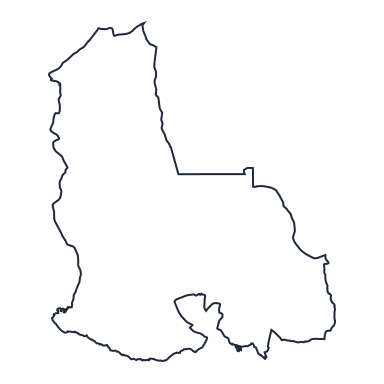 outline of Tuek Chhou, Kâmpôt, Cambodia
{"feature_id": "14789045B84051189014149", "entity_name": "Tuek Chhou", "entity_type": "district", "adm_level": 2, "iso_a3": "KHM", "parent_name": "Cambodia", "parent_adm1": "Kâmpôt", "projection": "robinson", "projection_center": [104.095, 10.787], "detail": "fine", "context": "isolated", "style": "outline", "palette": "slate", "viewbox_px": 384, "rotation_deg": 0, "n_neighbors": 0, "source": "geoboundaries", "source_scale": "gbopen_adm2", "svg_char_len": 5884}
<svg xmlns="http://www.w3.org/2000/svg" viewBox="0 0 384 384"><path d="M144.1,23.0L142.2,23.7L137.0,26.7L134.3,28.9L132.4,31.0L129.4,33.0L125.8,34.0L118.2,34.7L114.6,35.9L114.0,35.5L113.5,34.3L112.5,29.1L111.6,28.2L109.8,27.9L106.2,29.2L100.9,28.9L98.4,28.3L97.0,30.6L88.9,41.0L88.6,40.9L84.0,46.9L79.6,49.5L77.1,52.1L73.6,53.9L67.4,59.8L62.9,62.8L61.3,65.7L59.4,68.0L57.2,69.4L51.6,72.0L49.3,73.5L49.0,75.1L50.2,76.9L51.8,78.7L50.9,79.8L51.0,80.2L52.7,80.7L53.6,80.6L54.3,81.2L55.9,81.1L58.3,82.2L58.8,83.3L60.0,83.4L60.1,84.0L59.6,85.0L60.3,85.2L60.2,92.5L60.7,95.6L58.6,99.4L59.9,105.9L59.7,111.3L59.0,113.0L57.6,113.4L55.9,113.1L55.2,113.6L54.5,114.9L53.5,118.8L53.2,122.6L50.3,129.2L50.7,130.6L52.6,132.4L56.4,134.5L57.5,135.5L58.8,137.6L59.1,138.7L58.6,139.3L55.5,140.6L53.8,141.7L53.2,142.6L53.3,146.6L54.1,148.6L55.6,151.2L60.5,155.1L62.2,156.9L63.8,160.9L67.3,167.0L67.4,167.8L66.1,169.2L65.4,170.6L65.3,172.5L63.0,174.6L62.3,175.8L61.3,178.7L59.8,181.3L59.6,183.7L59.9,187.7L60.9,189.4L61.4,191.6L60.4,197.4L58.9,199.6L53.3,203.7L52.7,205.1L52.8,206.6L54.1,212.0L54.2,218.7L55.0,221.5L61.0,232.6L62.1,235.4L65.3,240.4L67.4,244.6L72.6,246.3L73.6,246.8L74.6,247.8L77.7,255.0L78.2,259.0L78.2,265.7L80.5,270.6L80.9,274.0L79.9,278.3L79.5,281.9L76.8,288.1L75.8,291.3L73.7,295.3L73.5,298.8L72.0,302.9L72.1,305.0L71.8,307.0L70.5,307.5L69.2,307.1L68.1,308.1L67.8,307.4L66.9,308.7L66.9,309.7L66.5,310.0L65.5,309.5L65.4,310.1L66.0,310.6L65.3,312.1L64.7,312.4L63.9,312.3L64.3,311.4L63.4,308.8L62.8,308.6L61.8,309.2L61.5,310.4L61.7,311.0L61.3,311.2L60.8,311.0L60.9,309.7L60.4,308.3L58.4,308.3L57.3,309.5L57.2,310.3L57.6,310.8L58.0,310.6L58.3,311.2L57.9,312.4L58.2,313.0L55.4,313.4L54.0,314.1L53.8,314.7L54.3,315.2L54.0,315.8L52.0,318.3L52.7,320.4L54.8,323.0L56.1,324.1L57.9,326.9L61.4,330.6L63.7,332.2L65.8,332.7L67.1,332.2L67.8,331.4L68.3,331.8L69.8,331.5L73.3,332.1L74.1,332.1L74.3,331.8L74.9,332.2L75.5,332.0L76.0,332.5L77.5,332.8L77.8,333.0L77.8,333.4L78.7,333.7L78.8,334.1L79.6,334.5L83.2,335.5L84.1,336.2L85.9,336.0L86.7,335.4L87.3,336.6L88.6,338.0L91.6,339.8L92.2,339.6L93.2,340.5L94.8,341.3L95.6,342.4L96.8,343.3L98.9,343.6L100.0,344.5L100.9,344.1L103.4,345.6L105.1,345.5L106.9,344.9L107.8,345.9L107.9,346.8L108.5,347.1L110.1,349.1L110.3,350.3L113.6,350.9L115.4,350.6L117.1,351.7L117.8,351.5L119.7,352.8L120.9,354.3L121.9,354.5L122.4,355.2L123.3,354.8L125.2,355.6L126.8,355.7L128.5,356.6L130.7,358.9L131.7,359.3L133.4,358.8L136.3,360.0L136.5,359.6L137.8,359.3L139.8,359.1L140.8,359.5L141.0,359.2L142.5,360.5L143.5,359.9L145.0,360.3L147.2,359.9L149.1,360.2L149.4,359.9L149.4,358.8L151.1,358.6L153.8,359.0L155.4,359.8L158.0,360.5L159.7,360.7L160.9,360.5L162.3,361.0L163.9,360.7L166.4,360.1L170.4,356.3L173.8,353.8L177.1,352.5L178.2,353.0L180.0,352.8L180.0,351.9L180.6,351.3L183.0,350.2L183.9,349.3L186.0,349.2L188.5,348.7L190.4,349.0L191.6,349.7L193.9,351.7L194.7,351.9L195.1,351.6L195.6,352.1L198.0,349.7L202.5,347.1L204.5,343.7L206.5,339.9L207.1,338.2L206.9,337.4L204.3,336.4L203.0,335.0L199.9,333.3L195.5,332.2L193.4,331.1L190.2,328.1L189.9,327.6L192.5,325.1L192.2,324.7L187.0,322.2L181.3,316.2L178.6,311.8L174.4,301.6L175.5,300.1L176.9,299.2L186.7,295.4L193.2,294.4L194.5,294.7L195.9,295.6L196.9,295.3L198.9,293.9L199.6,294.0L200.2,294.8L201.5,293.7L202.5,294.6L204.4,294.8L205.2,295.8L204.7,298.7L204.3,306.7L204.7,308.7L206.1,310.9L208.0,308.3L212.6,303.8L214.3,303.2L216.4,303.1L219.5,303.6L220.1,304.4L219.0,309.7L219.4,312.6L221.2,313.3L222.5,314.3L222.5,316.0L222.3,317.2L219.2,320.7L217.2,328.3L217.5,328.8L221.0,330.4L224.2,335.9L225.5,337.0L227.8,337.9L228.4,338.8L229.7,342.9L232.1,344.6L232.8,344.6L232.8,344.0L234.6,344.9L236.4,345.1L238.9,346.1L242.3,346.8L243.8,346.3L247.9,346.1L251.2,344.2L251.5,343.4L253.0,343.8L253.9,345.6L254.2,346.8L255.9,347.5L258.3,353.5L258.8,353.7L259.6,354.7L260.7,354.8L260.8,355.2L262.3,356.3L264.8,358.8L265.3,358.8L265.5,358.5L264.8,357.1L265.1,356.8L265.6,356.9L265.8,357.3L266.4,357.0L264.6,352.5L265.1,352.4L265.3,351.9L267.1,351.5L268.3,349.4L268.7,347.6L267.9,347.0L268.6,341.9L271.4,329.9L274.1,331.9L280.0,337.6L281.8,340.2L283.4,339.7L285.5,339.8L287.3,340.5L289.9,340.6L290.6,341.1L293.8,341.1L294.9,341.7L298.5,342.5L300.4,341.9L302.3,341.9L303.9,342.3L304.5,341.6L305.3,341.4L305.8,341.7L308.9,341.2L310.7,339.7L312.2,339.1L314.6,338.8L324.4,339.1L324.8,335.0L325.6,332.2L326.1,331.5L327.2,330.9L328.5,330.6L330.1,330.8L330.6,330.3L331.6,328.1L332.4,326.9L333.9,325.7L335.0,322.5L335.0,320.9L334.4,317.8L334.5,312.3L335.0,309.3L334.4,306.3L334.7,306.0L334.5,305.0L334.1,304.2L332.6,302.9L331.6,301.6L330.6,298.8L331.0,295.4L330.3,294.2L328.5,293.5L327.3,290.7L327.5,289.4L327.2,288.2L327.5,285.9L325.8,281.4L325.4,279.0L325.3,274.8L324.3,272.7L324.4,268.6L324.0,264.9L324.3,264.0L327.1,263.8L328.4,263.2L328.3,262.1L326.0,259.5L325.5,258.0L325.3,255.0L317.4,258.0L314.7,258.3L312.7,257.7L306.1,254.2L302.0,251.2L300.0,249.2L294.8,242.5L293.2,238.8L293.1,236.8L294.9,230.9L294.2,223.3L293.3,220.7L291.9,218.2L290.9,214.5L289.6,212.5L287.8,210.7L286.9,209.1L283.4,206.0L283.4,203.7L283.0,202.1L279.0,194.7L275.7,189.9L271.4,187.7L265.0,186.4L260.9,186.0L256.9,186.3L255.9,186.8L253.1,186.8L252.9,168.0L247.5,167.9L244.1,169.9L243.8,171.2L244.0,172.5L244.8,174.1L178.4,174.2L170.9,147.3L170.4,147.1L169.0,143.5L166.9,141.1L166.4,139.9L164.6,134.1L162.4,130.2L161.6,128.0L162.6,123.5L161.6,120.9L161.3,119.1L162.2,112.8L159.7,108.3L158.4,97.9L157.9,96.9L156.2,95.5L155.8,94.4L156.3,89.8L154.5,82.1L154.7,80.3L155.9,77.0L156.1,73.1L155.9,71.4L154.4,67.7L154.3,64.2L156.4,47.3L154.4,45.9L149.7,43.9L146.2,38.9L145.6,36.4L143.6,31.9L142.9,28.9L142.4,25.3L144.1,23.0ZM240.6,348.0L239.4,347.2L237.1,346.6L235.8,346.5L235.6,346.7L237.3,349.6L237.5,350.8L238.4,351.3L239.3,350.8L238.6,348.8L239.1,348.2L239.1,348.7L240.1,349.2L240.1,349.6L241.1,350.0L241.1,348.9L240.6,348.0Z" fill="none" stroke="#1e293b" stroke-width="2"/></svg>